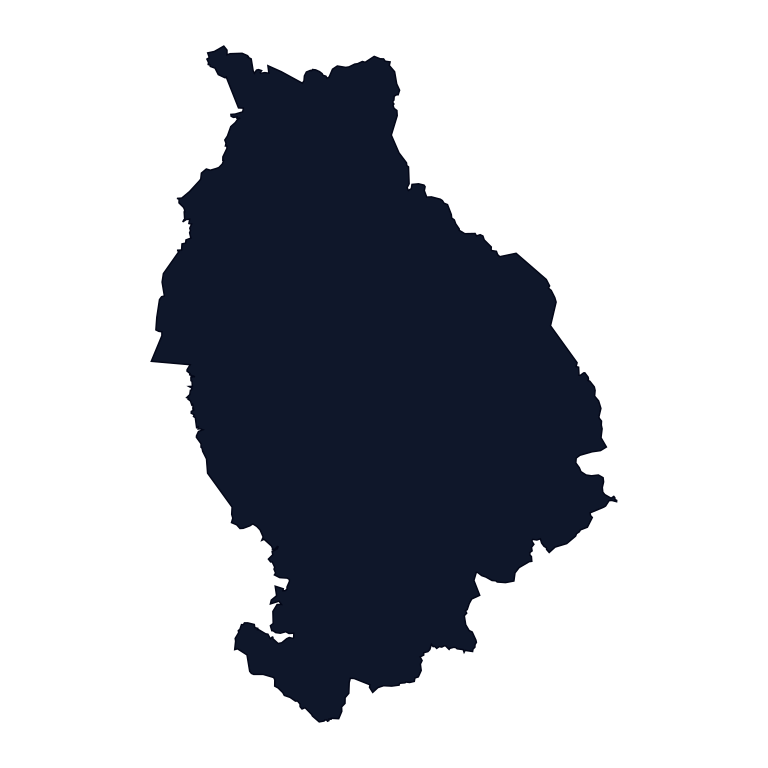 Charo, Michoacán, Mexico (Albers equal-area conic projection)
{"feature_id": "50627088B3095160653206", "entity_name": "Charo", "entity_type": "district", "adm_level": 2, "iso_a3": "MEX", "parent_name": "Mexico", "parent_adm1": "Michoacán", "projection": "albers", "projection_center": [-101.029, 19.669], "detail": "fine", "context": "isolated", "style": "filled", "palette": "ink", "viewbox_px": 768, "rotation_deg": 0, "n_neighbors": 0, "source": "geoboundaries", "source_scale": "gbopen_adm2", "svg_char_len": 6065}
<svg xmlns="http://www.w3.org/2000/svg" viewBox="0 0 768 768"><path d="M589.8,381.2L587.9,380.4L588.5,379.1L588.1,377.1L584.8,372.8L583.6,372.9L580.4,375.3L579.0,375.2L578.6,367.2L576.1,366.6L577.1,362.7L550.5,325.8L556.1,302.1L554.8,297.6L551.2,290.4L548.4,288.1L549.6,285.9L546.3,279.5L516.1,253.3L499.8,256.7L497.6,254.6L496.4,251.3L491.8,250.6L491.1,249.6L491.3,247.0L484.2,239.9L482.9,236.0L480.2,234.7L476.5,235.9L475.1,233.5L464.8,233.7L459.2,230.3L459.2,228.9L455.7,223.8L454.3,219.9L451.7,218.0L451.3,214.5L447.5,204.6L444.0,203.2L442.4,200.6L440.3,199.2L431.5,196.9L426.7,197.1L424.3,190.6L425.1,186.7L424.0,185.1L418.6,183.8L412.0,184.4L411.3,188.7L408.4,190.5L407.1,187.7L409.1,183.8L408.5,166.9L406.8,165.6L406.5,162.8L399.0,152.9L391.3,135.1L397.2,115.7L396.9,110.5L394.1,108.4L393.0,105.5L393.9,104.0L392.9,102.6L392.9,101.3L393.9,100.1L394.2,96.2L396.7,94.7L398.1,94.8L399.6,90.2L396.7,83.9L394.6,71.7L389.3,65.5L390.1,61.9L385.2,61.2L383.6,58.9L380.2,58.8L374.2,56.4L365.2,62.3L362.4,61.5L357.6,63.7L354.7,64.1L349.0,66.9L345.7,67.4L337.3,66.0L332.5,69.2L329.2,76.9L327.1,78.4L325.9,76.2L323.0,75.3L322.1,73.6L319.5,71.6L315.7,69.9L312.5,69.5L311.7,70.6L310.4,70.4L306.4,72.0L304.4,75.9L304.0,80.8L302.4,83.2L281.3,71.7L267.9,65.7L268.9,73.2L264.8,72.6L260.7,73.3L260.2,72.6L261.6,70.6L258.5,69.6L256.5,70.1L254.4,73.3L253.2,71.1L251.2,58.9L247.7,57.1L248.3,56.5L247.4,55.6L242.1,53.3L230.2,53.7L227.0,54.8L227.0,50.1L223.8,46.1L214.3,51.5L207.7,52.9L209.1,57.0L208.9,57.9L206.9,59.1L208.5,62.4L208.2,64.5L210.1,65.1L210.3,66.4L215.0,68.1L218.3,74.6L225.1,77.8L226.2,76.9L238.5,107.9L243.3,108.1L243.2,109.5L242.6,111.9L235.1,114.1L230.9,114.4L231.1,116.2L233.4,117.4L237.0,116.9L236.9,118.2L240.1,118.2L237.6,119.3L235.4,122.5L230.8,126.6L227.4,136.1L224.8,140.0L226.0,143.2L225.4,146.0L226.8,146.0L227.0,148.3L222.9,156.8L222.8,160.4L223.7,160.5L222.3,164.0L218.9,167.5L216.2,168.5L210.4,170.2L206.3,169.0L201.4,173.1L200.8,178.9L199.7,180.5L189.5,191.6L181.7,198.1L177.0,198.4L179.1,199.2L179.0,202.9L183.4,207.2L184.3,208.9L184.9,211.8L184.2,211.9L184.7,219.9L183.9,219.8L182.7,221.9L186.3,219.5L189.7,219.2L188.9,223.5L191.6,224.1L189.8,228.2L190.5,230.6L189.6,232.7L190.9,238.1L186.0,239.9L185.6,243.1L182.0,243.9L181.6,250.0L177.7,250.2L177.7,250.8L179.4,250.9L163.4,273.6L162.1,282.1L164.4,296.0L161.6,296.7L159.5,299.6L156.8,317.4L155.9,329.9L158.7,331.3L161.9,331.8L161.9,335.7L151.3,361.3L190.2,364.7L187.1,369.7L187.0,371.1L190.0,373.5L189.7,374.8L195.0,376.7L190.5,376.7L191.9,377.2L190.9,377.8L191.0,380.7L192.0,381.3L192.4,386.3L189.0,386.5L192.0,388.2L191.4,390.0L190.4,390.3L189.8,394.6L186.7,397.6L188.7,398.3L188.1,399.2L190.5,401.0L191.8,405.0L192.6,404.3L193.9,410.8L193.0,409.6L193.1,410.5L191.3,411.4L191.2,413.2L194.2,414.7L193.5,416.5L195.3,417.6L196.6,427.6L198.2,426.8L198.0,429.0L200.2,428.8L202.9,429.8L198.5,431.5L196.5,435.8L196.4,437.3L201.1,443.8L201.0,447.2L202.1,448.2L202.7,451.3L206.5,458.9L207.6,473.2L232.1,507.1L231.7,514.4L232.8,518.1L231.5,522.6L236.7,524.8L240.0,528.5L243.2,528.3L249.9,525.8L252.8,523.9L256.8,526.4L260.1,529.9L263.2,537.0L261.8,540.3L264.1,539.3L271.5,546.0L272.5,548.1L272.4,549.7L275.2,549.0L277.2,546.4L278.1,546.8L277.3,548.8L272.1,551.7L272.8,554.7L268.4,559.1L270.6,561.9L272.2,561.9L274.7,567.2L274.0,569.1L275.6,573.0L274.4,574.9L279.7,577.6L287.3,578.1L289.4,579.5L289.4,581.5L287.0,587.0L287.0,589.3L284.9,590.8L282.9,590.7L283.3,588.8L275.2,586.2L276.6,595.7L271.3,600.1L270.4,603.9L279.0,601.2L281.5,604.5L277.1,604.5L272.9,611.4L273.2,623.5L270.4,625.7L271.8,630.7L273.2,630.8L275.7,632.6L280.4,633.2L285.8,631.7L289.0,633.5L293.8,633.2L293.7,637.6L292.8,638.4L289.3,637.5L286.7,638.7L281.7,642.8L278.1,643.5L272.9,638.7L272.9,637.3L272.3,637.0L270.3,638.7L267.9,634.2L265.6,633.8L258.7,629.7L257.4,629.6L257.8,628.4L254.8,627.6L254.3,624.5L247.9,622.9L244.4,622.9L243.4,624.7L241.5,624.6L239.9,629.3L238.3,630.6L238.7,632.6L235.2,638.4L235.6,641.2L234.7,649.6L237.5,648.8L247.0,654.9L249.7,671.3L251.4,673.4L253.7,674.4L263.2,674.4L273.7,677.5L274.8,679.8L274.7,686.1L278.0,687.9L282.8,692.6L284.3,695.4L290.1,697.4L295.4,701.1L297.5,701.0L300.0,704.0L300.1,706.7L302.0,709.0L305.1,707.7L311.6,714.4L312.4,716.0L319.2,721.9L324.1,721.0L324.7,720.1L326.8,720.0L327.5,721.2L328.9,720.6L329.0,719.1L331.1,719.2L331.2,718.3L338.7,718.7L341.8,711.3L341.6,706.9L345.0,703.4L345.1,697.7L348.8,693.3L349.2,682.6L350.3,678.3L354.2,678.5L370.0,684.8L369.5,687.3L372.7,692.4L377.9,687.6L383.6,685.7L391.8,686.1L399.1,685.1L399.3,683.8L400.2,683.2L405.0,682.8L406.0,682.0L409.6,682.5L414.3,681.4L414.9,678.0L418.3,676.9L421.2,670.5L420.4,664.0L422.1,660.6L420.1,656.9L423.7,655.1L423.7,652.7L427.9,651.6L429.8,649.6L431.4,644.4L433.1,646.6L434.9,646.5L436.7,648.4L439.2,646.6L441.8,647.1L444.3,645.8L445.6,645.9L449.1,649.4L449.9,648.3L453.8,647.3L455.8,647.6L457.1,648.8L463.2,649.6L464.1,652.3L465.1,650.4L472.6,651.5L473.0,649.1L474.9,647.2L475.0,644.6L476.4,642.4L475.9,640.1L472.2,632.0L469.1,630.5L465.7,624.7L464.3,615.7L466.7,613.2L465.5,610.7L467.2,609.6L469.2,603.6L471.7,599.0L479.7,595.3L473.9,580.4L476.3,572.3L477.6,572.4L481.7,575.6L485.8,577.0L492.0,580.5L495.8,580.8L497.2,582.0L505.5,582.6L513.9,581.0L515.0,572.9L519.1,567.6L529.1,561.7L531.8,561.3L531.4,556.4L530.0,555.3L529.8,552.6L532.1,550.9L531.5,547.3L533.9,544.3L531.7,540.9L532.7,539.4L536.9,540.0L540.4,538.8L541.6,543.0L544.0,546.3L546.4,547.7L546.6,549.5L549.2,552.5L555.1,547.1L566.7,543.6L575.6,536.1L576.5,533.7L579.3,531.8L580.4,529.9L587.4,527.2L592.3,517.5L590.6,515.6L590.0,512.9L603.8,507.1L605.6,506.0L609.1,500.6L612.1,500.5L616.6,501.7L616.7,500.4L615.0,499.5L614.8,497.6L613.8,496.4L611.1,498.2L604.8,494.6L602.8,492.1L602.3,487.5L603.6,481.9L603.1,477.7L598.4,475.0L591.5,475.8L586.1,475.0L580.9,471.6L579.3,467.7L575.8,462.9L576.2,458.1L579.8,455.3L592.0,451.8L600.5,450.6L606.4,447.0L601.0,437.7L602.1,428.8L601.3,425.1L601.5,421.1L599.3,418.3L598.9,416.8L600.9,408.4L598.6,400.9L594.6,396.1L595.1,390.4L594.3,386.9L589.8,381.2Z" fill="#0f172a" stroke="#020617" stroke-width="1.5"/></svg>